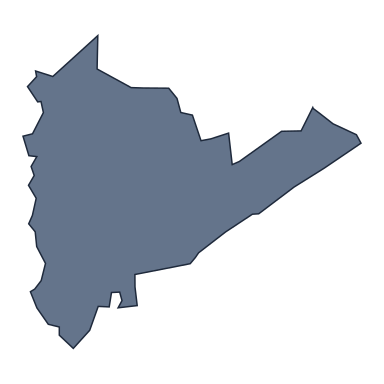 Sumter, South Carolina, United States of America (Equal Earth projection)
{"feature_id": "52423323B67044193776379", "entity_name": "Sumter", "entity_type": "district", "adm_level": 2, "iso_a3": "USA", "parent_name": "United States of America", "parent_adm1": "South Carolina", "projection": "equal_earth", "projection_center": [-80.399, 33.906], "detail": "fine", "context": "isolated", "style": "filled", "palette": "slate", "viewbox_px": 384, "rotation_deg": 0, "n_neighbors": 0, "source": "geoboundaries", "source_scale": "gbopen_adm2", "svg_char_len": 904}
<svg xmlns="http://www.w3.org/2000/svg" viewBox="0 0 384 384"><path d="M36.6,76.7L27.5,86.6L37.7,101.9L41.0,101.5L43.4,112.6L32.5,133.8L23.0,136.2L28.9,155.7L36.8,156.6L31.1,166.5L34.2,175.5L28.5,185.3L36.2,198.3L32.4,215.4L28.7,223.8L35.2,231.8L36.7,246.6L45.5,263.4L41.2,280.6L34.7,289.1L30.4,291.7L36.9,307.9L48.3,324.3L59.3,327.0L59.3,335.2L73.3,348.4L89.7,330.3L98.2,306.4L109.2,306.9L111.5,292.5L119.7,292.1L122.0,300.6L118.1,307.8L137.2,305.6L135.0,287.0L134.9,274.5L190.2,263.7L195.3,257.6L198.6,252.8L225.5,232.0L252.4,214.2L258.7,213.8L294.0,187.1L324.6,167.9L361.0,143.2L356.4,134.7L333.0,123.8L319.7,113.4L313.2,108.5L312.8,107.5L301.1,130.9L281.6,131.3L239.3,161.5L232.2,164.6L228.6,133.1L210.7,138.9L201.0,140.7L192.4,115.1L180.8,112.5L177.0,98.4L168.7,88.2L143.2,88.0L131.1,87.6L97.1,69.0L97.8,35.6L52.8,76.5L35.6,71.0L36.6,76.7Z" fill="#64748b" stroke="#1e293b" stroke-width="1.5"/></svg>